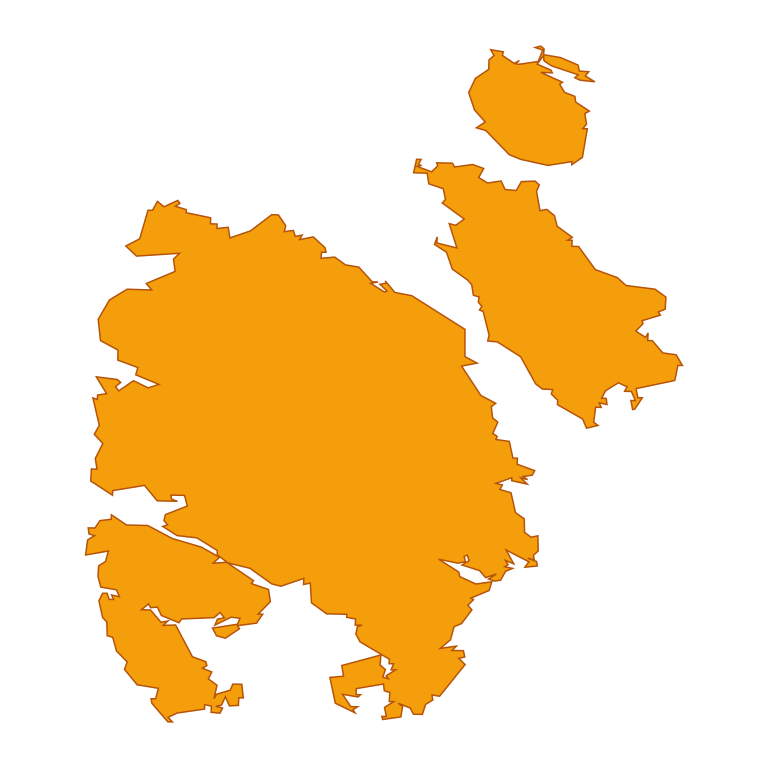 outline of Bokn nor, Rogaland, Norway
{"feature_id": "86288312B12151058165586", "entity_name": "Bokn nor", "entity_type": "district", "adm_level": 2, "iso_a3": "NOR", "parent_name": "Norway", "parent_adm1": "Rogaland", "projection": "robinson", "projection_center": [5.436, 59.216], "detail": "fine", "context": "isolated", "style": "filled", "palette": "amber", "viewbox_px": 768, "rotation_deg": 0, "n_neighbors": 0, "source": "geoboundaries", "source_scale": "gbopen_adm2", "svg_char_len": 6075}
<svg xmlns="http://www.w3.org/2000/svg" viewBox="0 0 768 768"><path d="M164.0,206.8L157.5,201.4L152.5,210.3L148.0,210.2L139.7,238.8L125.8,246.0L136.5,256.1L179.5,253.3L173.5,259.2L175.1,271.4L146.3,283.5L151.7,290.0L127.2,289.2L116.4,295.7L109.4,300.0L98.2,319.4L100.5,340.6L118.0,350.1L117.8,360.1L137.8,367.5L135.8,374.8L158.9,384.4L148.1,387.9L133.5,380.7L118.7,390.9L115.5,386.6L120.7,382.5L117.3,379.5L96.3,376.8L106.6,393.7L97.6,395.0L97.3,399.5L92.9,397.9L99.3,425.3L94.3,434.3L102.8,443.5L95.3,458.5L97.0,469.1L91.4,469.0L90.7,481.0L112.5,495.2L112.7,490.6L144.5,485.4L157.2,500.8L177.4,501.3L171.5,499.1L171.0,495.1L184.5,495.4L187.3,506.0L165.4,514.6L164.0,520.6L167.6,524.9L162.7,526.4L177.2,535.6L197.0,537.9L217.2,550.5L217.3,555.0L228.0,562.9L250.0,568.3L271.7,583.9L280.9,586.2L303.8,578.4L303.5,584.5L310.3,583.1L311.5,602.8L326.6,613.8L346.8,614.3L346.7,617.3L355.6,619.0L355.2,625.1L362.0,625.2L357.4,626.6L355.9,634.1L360.0,641.8L389.4,659.2L389.1,663.7L393.6,663.8L391.1,669.8L395.6,669.9L386.2,675.7L388.3,678.8L382.8,677.1L385.4,669.6L380.1,665.0L380.9,655.0L341.8,665.5L343.5,676.2L329.9,677.4L335.3,703.2L355.0,712.8L352.9,709.7L357.6,706.8L350.8,706.6L342.5,694.3L358.1,697.0L360.5,694.7L356.0,694.6L356.3,688.6L383.5,684.0L384.3,690.8L389.8,692.4L389.3,701.5L393.8,701.6L384.5,707.4L386.3,716.5L381.8,716.4L382.7,719.5L400.9,716.9L402.6,706.4L398.2,703.2L410.3,708.1L413.4,714.2L422.4,714.4L425.6,704.4L432.8,700.0L432.0,695.0L439.6,696.2L465.1,664.6L458.8,658.3L464.8,657.0L463.4,650.7L451.9,650.5L456.4,646.1L440.2,648.4L450.5,639.8L454.1,626.7L461.6,623.5L471.9,609.9L467.9,605.2L473.5,599.7L471.0,598.1L489.1,590.5L491.8,581.8L475.9,584.0L459.8,576.6L458.7,572.0L438.7,559.2L457.8,563.2L465.4,561.7L464.2,556.4L467.3,555.1L469.1,560.7L462.0,565.0L479.6,570.6L485.6,577.6L496.4,574.0L488.5,579.0L494.5,581.1L500.6,580.2L505.6,571.3L512.5,568.4L504.7,566.7L508.1,564.6L505.3,560.3L513.8,563.9L506.1,550.0L528.9,561.8L524.9,567.2L537.3,566.0L536.5,561.5L527.7,558.2L534.3,559.9L533.4,555.4L538.2,550.9L537.9,535.8L531.1,537.2L524.6,532.5L524.2,518.8L515.5,512.6L511.0,492.8L499.9,489.5L502.4,485.0L495.8,483.4L511.8,477.7L511.7,480.7L527.2,484.1L520.8,477.9L527.5,479.6L523.1,476.5L532.2,475.2L534.7,470.7L517.1,464.2L517.4,458.2L512.9,458.1L509.3,441.4L495.9,439.5L497.2,436.5L492.9,433.4L497.8,422.1L492.6,417.9L491.3,406.7L495.7,403.3L480.9,395.5L461.6,366.1L477.1,363.1L464.9,356.6L465.0,329.4L411.8,295.7L394.8,292.4L385.1,280.8L386.7,283.0L379.9,284.3L387.0,291.0L384.4,292.1L370.7,283.3L377.9,282.0L372.2,281.8L358.8,267.1L345.5,264.9L334.7,257.1L321.1,258.3L321.5,252.2L326.0,252.3L325.1,247.8L313.3,236.9L299.6,239.6L302.1,235.1L295.3,236.5L293.4,230.4L284.3,231.7L285.7,225.7L278.4,214.9L271.7,214.7L250.5,230.9L229.9,237.9L228.2,227.3L216.9,228.5L217.1,224.0L210.4,223.8L210.7,217.8L186.2,212.7L186.3,209.6L175.3,206.3L179.9,203.4L177.8,200.4L164.0,206.8ZM421.1,159.4L416.6,159.3L413.6,172.8L427.2,173.2L428.8,183.8L443.2,188.7L445.5,199.3L442.3,203.0L464.2,219.0L455.8,225.3L449.2,223.6L456.9,248.0L436.9,243.0L437.2,236.9L434.5,244.4L446.5,252.3L452.3,269.1L467.5,280.0L471.7,284.7L473.4,295.3L479.0,296.9L478.3,302.2L481.9,306.4L479.5,310.0L483.2,311.5L489.1,335.2L487.7,341.0L497.3,341.9L520.7,356.8L535.6,383.8L542.5,389.1L552.7,389.5L551.3,394.0L557.7,400.2L557.5,404.7L582.6,419.0L586.6,428.2L598.0,425.4L593.7,422.3L595.6,407.2L601.2,407.4L599.2,402.8L607.0,404.5L606.2,398.4L601.7,398.3L605.5,390.8L618.4,382.8L627.1,386.8L624.6,391.3L631.4,391.5L635.4,400.6L630.9,400.5L632.6,409.6L634.9,409.0L642.3,397.8L637.8,397.7L636.1,388.6L674.8,380.5L677.9,365.4L682.4,365.5L676.2,354.8L662.8,352.9L652.2,340.6L647.7,340.5L648.1,332.9L645.6,337.4L635.8,331.1L643.0,323.7L642.1,320.7L660.4,315.1L658.3,312.0L665.2,309.2L665.9,297.1L655.1,289.2L626.0,285.5L617.4,277.7L595.3,269.6L578.6,246.5L571.8,246.3L572.2,240.3L567.7,240.2L572.3,237.3L557.2,226.3L554.4,215.6L546.8,209.4L540.0,210.7L536.5,191.2L539.3,185.0L535.1,181.1L521.3,181.6L516.3,190.5L505.1,189.5L501.1,181.0L487.5,183.0L478.7,177.5L483.7,168.5L472.7,164.5L454.5,167.0L452.5,163.2L436.7,162.8L437.7,165.9L431.7,171.8L417.0,166.4L420.8,165.5L418.6,163.9L421.1,159.4ZM126.6,525.0L111.4,514.8L111.2,519.3L99.9,520.6L95.0,528.0L88.2,527.9L89.0,533.9L94.6,535.6L87.6,539.9L85.6,555.0L108.4,551.0L105.5,561.5L98.6,565.9L98.0,576.5L100.8,587.1L116.4,589.8L119.4,596.7L111.6,595.0L113.6,599.5L109.1,599.4L107.2,593.3L102.7,593.2L98.9,600.7L102.6,617.4L106.8,622.1L107.2,635.7L112.7,637.3L116.5,651.0L127.2,661.9L124.5,669.4L137.2,684.8L158.4,688.3L155.6,698.8L151.1,698.7L151.9,703.3L167.8,721.8L172.3,721.9L168.1,717.3L177.3,713.0L204.5,709.1L204.7,704.6L211.4,706.2L211.1,712.3L220.0,713.2L222.5,708.0L215.9,706.3L221.6,705.0L225.4,696.7L229.4,705.9L238.4,705.4L238.8,697.8L243.3,697.9L241.8,684.3L232.8,684.1L230.3,690.1L216.5,694.3L214.0,698.7L217.0,685.2L208.4,678.9L211.8,672.0L202.4,668.2L206.9,665.6L205.8,661.7L192.4,656.7L175.6,625.0L163.1,625.4L167.9,621.0L161.1,622.3L150.5,610.0L141.5,609.7L148.5,603.9L150.6,607.7L157.4,607.1L161.4,615.5L179.0,622.7L181.5,619.0L214.2,617.6L220.1,612.4L224.3,617.8L217.5,619.1L214.9,625.1L231.1,617.2L240.0,618.2L237.5,624.2L212.5,628.1L216.6,635.8L225.4,638.2L239.5,628.7L237.4,625.7L256.6,623.1L262.7,614.2L258.2,614.1L270.4,601.6L268.5,589.5L251.4,583.6L253.5,580.7L226.6,562.3L213.1,563.2L219.6,557.3L201.3,547.1L172.5,538.6L147.7,525.5L126.6,525.0ZM503.3,51.8L490.7,49.7L494.0,55.6L489.0,59.9L488.7,69.4L475.4,78.4L468.7,92.5L474.5,109.9L485.2,122.0L476.4,127.8L485.8,130.5L509.3,154.7L520.8,159.4L547.9,165.4L572.0,161.6L571.8,164.7L582.4,157.4L587.3,128.8L582.8,128.6L586.5,124.2L584.8,113.6L589.3,111.1L575.7,102.1L574.9,96.4L564.6,92.4L559.7,84.3L562.5,82.2L540.8,72.4L552.3,72.8L550.9,70.1L537.1,64.1L543.6,55.6L544.0,60.8L551.6,65.9L578.2,74.8L574.8,77.7L580.2,80.2L594.9,81.8L585.3,76.0L588.7,71.7L579.3,71.1L578.1,65.1L560.7,57.6L543.6,54.7L544.1,48.9L540.7,46.1L535.2,47.5L542.7,50.1L538.2,61.5L518.8,64.3L515.5,63.7L519.4,60.5L514.2,63.4L502.4,55.4L503.3,51.8Z" fill="#f59e0b" stroke="#b45309" stroke-width="1.5"/></svg>